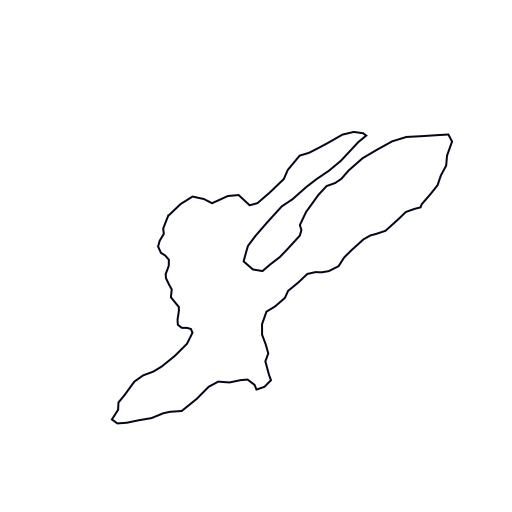 the district of Norrköping, Östergötland, Sweden, rotated 311°
{"feature_id": "70781695B31876776123918", "entity_name": "Norrköping", "entity_type": "district", "adm_level": 2, "iso_a3": "SWE", "parent_name": "Sweden", "parent_adm1": "Östergötland", "projection": "natural_earth1", "projection_center": [16.286, 58.655], "detail": "fine", "context": "isolated", "style": "outline", "palette": "ink", "viewbox_px": 512, "rotation_deg": 311, "n_neighbors": 0, "source": "geoboundaries", "source_scale": "gbopen_adm2", "svg_char_len": 1809}
<svg xmlns="http://www.w3.org/2000/svg" viewBox="0 0 512 512"><g transform="rotate(311 256 256)"><path d="M172.1,348.8L174.7,344.0L182.6,332.2L190.5,329.2L195.5,321.6L200.6,312.2L208.5,305.3L220.9,300.4L230.5,303.5L243.4,305.3L250.7,303.1L263.7,305.3L276.1,306.5L282.8,311.4L286.8,316.3L292.4,320.9L302.5,325.0L312.7,323.5L323.4,324.3L339.1,326.2L346.5,328.8L351.5,332.2L360.0,337.2L378.0,339.4L387.6,340.2L395.5,344.7L400.7,348.3L403.6,347.1L416.8,347.1L428.5,346.6L438.0,342.7L449.0,340.2L457.1,334.3L471.0,328.9L473.9,321.5L467.2,314.6L455.5,302.8L444.5,291.4L432.0,283.6L415.9,277.7L399.7,272.3L381.4,269.8L370.4,269.8L363.1,267.9L355.1,263.4L343.3,263.0L322.1,264.9L308.2,268.8L305.3,273.3L300.2,275.7L281.1,275.2L270.9,274.7L259.2,272.3L248.9,270.8L243.8,262.5L243.8,250.2L251.8,246.3L258.4,243.3L270.9,242.4L289.2,242.4L310.4,242.9L322.8,246.3L341.1,248.7L353.6,251.2L368.2,255.1L383.6,257.6L409.2,258.5L419.2,260.2L418.9,256.3L413.8,248.4L404.3,241.6L389.1,236.3L380.1,232.9L368.8,228.4L360.4,223.1L341.8,223.5L332.3,226.5L312.6,224.7L296.8,222.4L290.1,217.9L290.6,202.9L282.8,195.4L267.0,188.2L264.8,179.3L262.4,174.9L259.2,169.1L245.7,165.0L229.4,163.5L229.2,163.2L223.4,165.2L215.8,168.0L212.2,171.9L204.3,173.3L198.9,175.9L196.0,182.2L196.8,187.2L196.0,192.7L191.4,196.6L183.1,199.7L180.2,202.6L177.3,209.3L175.5,214.3L169.0,218.9L166.9,231.2L164.0,233.8L156.4,238.6L152.8,242.2L153.1,247.1L156.7,251.4L158.2,254.8L156.4,258.4L144.5,261.5L127.6,260.3L111.0,257.4L101.3,254.3L92.0,249.2L81.5,246.6L65.0,248.0L55.2,248.3L49.5,252.8L38.1,254.5L38.7,261.2L45.4,267.9L54.9,275.1L65.0,283.4L76.3,289.1L81.9,293.2L90.3,301.6L109.4,305.0L126.3,306.1L136.4,309.9L143.2,319.0L152.2,325.8L157.2,330.7L157.8,339.4L155.5,344.0L162.8,348.2L172.1,348.8Z" fill="none" stroke="#020617" stroke-width="2"/></g></svg>